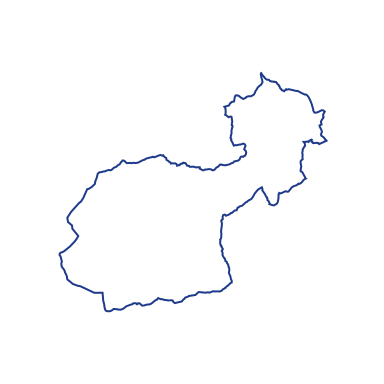 outline of Zarnesti, Brasov, Romania, rotated 307°
{"feature_id": "2599482B21049619032220", "entity_name": "Zarnesti", "entity_type": "district", "adm_level": 2, "iso_a3": "ROU", "parent_name": "Romania", "parent_adm1": "Brasov", "projection": "equal_earth", "projection_center": [25.28, 45.588], "detail": "fine", "context": "isolated", "style": "outline", "palette": "blue", "viewbox_px": 384, "rotation_deg": 307, "n_neighbors": 0, "source": "geoboundaries", "source_scale": "gbopen_adm2", "svg_char_len": 6089}
<svg xmlns="http://www.w3.org/2000/svg" viewBox="0 0 384 384"><g transform="rotate(307 192 192)"><path d="M151.7,269.1L153.9,267.2L154.2,266.2L155.0,265.6L156.1,263.8L156.1,263.1L156.4,262.6L157.2,261.7L157.0,260.1L157.7,259.5L158.7,258.1L158.7,257.1L159.9,254.4L161.7,253.2L163.1,251.0L164.5,251.2L165.2,250.7L165.7,249.1L166.6,248.1L166.8,247.6L166.5,247.3L166.6,247.0L168.2,245.1L169.7,244.3L171.0,243.1L172.0,243.2L173.8,242.4L175.3,241.2L176.0,240.9L178.3,238.7L184.2,235.4L185.0,234.8L186.4,232.8L187.6,232.5L188.2,232.9L188.9,232.9L190.5,231.4L192.2,230.8L193.4,231.4L193.8,232.1L193.4,233.2L193.5,233.4L195.2,234.5L196.7,235.3L198.7,235.8L199.1,236.4L202.8,237.2L204.3,238.6L206.2,238.0L207.1,237.9L207.7,238.5L209.1,238.7L211.2,240.3L216.1,241.2L217.5,242.0L218.6,242.0L222.2,243.6L224.5,243.6L228.8,243.0L232.8,243.2L234.1,243.4L237.8,245.0L236.6,246.7L235.6,247.2L234.4,251.1L233.1,253.7L232.7,254.8L232.8,255.2L232.0,255.9L231.8,256.6L231.0,257.1L230.7,258.9L229.6,260.9L228.9,261.1L229.7,263.6L230.6,265.5L233.4,266.7L234.0,266.8L235.7,266.5L238.6,265.1L242.3,262.5L243.1,262.8L243.7,262.3L244.1,263.5L245.8,264.6L248.6,266.0L249.1,266.6L249.5,267.9L250.4,268.8L255.8,268.9L258.0,269.8L260.4,271.5L262.5,271.9L262.9,272.3L262.8,272.5L262.5,272.4L262.6,272.6L263.0,272.8L263.2,272.6L263.6,273.1L264.1,273.4L265.6,273.8L269.1,273.9L271.3,274.8L271.3,274.1L271.8,273.5L274.2,268.2L274.3,267.5L273.9,266.8L274.1,266.1L274.7,265.6L278.3,263.8L279.8,262.0L281.8,260.3L283.1,260.2L284.7,260.7L286.0,259.5L288.2,258.0L290.0,256.2L291.0,255.9L292.6,254.8L295.6,254.4L296.2,254.6L297.1,254.4L298.6,252.9L299.2,251.0L300.5,252.7L301.4,253.5L301.7,253.6L302.1,255.0L303.0,254.7L305.7,255.8L305.8,256.1L305.2,256.3L304.2,257.1L304.2,257.8L304.5,258.0L304.0,258.4L303.9,259.0L304.0,259.5L306.3,261.9L306.4,262.5L307.0,263.0L306.8,263.7L306.8,264.1L307.1,264.3L306.9,264.8L313.9,268.6L314.1,267.9L313.9,266.9L314.5,266.1L314.9,264.1L314.8,261.5L315.5,260.4L318.2,259.6L319.2,258.4L321.3,254.3L322.0,253.8L323.8,254.8L324.4,254.4L324.9,253.5L325.7,252.7L327.2,252.3L329.9,252.3L331.2,251.4L331.3,251.6L332.5,250.2L336.1,249.6L336.2,247.8L335.4,246.4L331.4,244.4L329.9,243.2L329.1,241.9L330.0,239.9L331.1,238.9L334.3,234.6L336.2,231.5L338.1,227.6L338.6,224.9L338.3,224.1L337.8,223.7L337.0,220.1L336.3,215.5L335.4,214.4L332.4,207.5L330.6,206.0L330.7,205.3L327.9,204.9L327.9,204.0L327.3,202.4L327.8,201.6L327.9,200.1L329.0,198.2L329.1,197.6L329.5,197.4L329.7,195.3L330.2,193.9L330.1,193.0L330.3,192.8L329.7,191.9L329.6,191.2L329.0,190.7L329.0,190.2L328.2,189.3L327.9,187.9L327.5,187.5L327.9,185.9L326.8,184.2L326.7,183.2L326.9,181.5L327.3,180.5L327.2,180.4L327.9,177.4L328.6,175.7L328.3,175.6L327.5,176.0L325.1,178.6L324.0,180.3L322.0,182.3L319.1,182.6L317.4,182.0L315.0,181.6L313.5,181.9L310.4,182.0L309.3,182.5L307.0,182.8L304.0,181.5L302.4,179.4L300.6,178.2L299.4,178.2L297.1,176.9L296.8,173.7L297.0,172.0L296.8,170.8L296.2,169.9L296.2,169.5L295.2,168.7L293.6,169.0L289.6,171.1L287.8,169.5L286.9,169.5L285.8,169.0L283.5,169.5L279.5,166.6L278.9,168.4L277.1,170.0L275.1,171.5L273.6,172.0L273.9,174.1L273.7,176.1L275.5,177.4L275.8,178.2L275.6,178.6L272.4,181.8L269.6,183.2L269.3,183.6L269.4,184.0L269.2,184.6L268.1,185.3L267.6,185.3L264.8,186.6L262.4,188.4L260.2,189.2L259.0,190.1L258.5,190.1L257.9,190.9L257.9,191.6L256.7,192.3L256.0,194.2L254.2,197.5L255.5,198.4L256.0,199.3L258.4,201.3L259.2,202.3L261.5,203.8L261.8,205.0L261.8,205.7L261.1,206.9L260.7,207.1L257.7,207.8L257.3,208.8L257.3,209.9L256.3,211.4L254.4,212.4L252.5,212.4L251.8,211.8L250.9,211.7L250.6,210.9L249.7,209.9L248.8,209.8L246.7,210.4L244.9,210.0L241.8,207.3L240.3,207.3L238.4,206.0L237.1,205.6L233.4,202.6L231.9,200.0L231.5,198.6L230.8,198.3L230.5,197.8L228.1,197.7L226.8,197.0L225.5,196.7L223.4,196.6L221.8,195.6L221.6,193.7L220.4,191.6L218.7,190.1L217.8,188.9L216.4,188.3L215.8,187.4L215.3,184.0L216.4,183.4L216.0,182.6L213.9,180.2L213.4,178.4L210.8,175.1L210.8,174.5L211.1,173.9L210.1,172.2L211.1,169.6L210.9,168.7L210.1,168.1L210.1,167.6L209.9,167.6L209.6,167.1L208.6,167.0L207.6,165.9L205.9,165.9L205.4,165.1L204.0,164.3L205.0,162.8L204.8,161.4L203.3,159.5L202.9,158.7L202.4,158.4L202.0,157.9L202.4,157.5L202.6,156.2L202.3,155.1L202.6,154.3L202.3,152.3L203.7,150.8L203.4,149.6L203.6,148.0L204.0,146.9L203.3,146.7L202.5,144.4L200.7,143.2L197.1,141.1L196.7,139.7L191.5,135.6L190.4,135.0L189.4,134.8L187.9,133.6L182.9,131.2L181.0,129.3L180.0,127.5L178.4,126.1L178.1,125.2L175.9,122.7L175.9,121.4L176.2,119.2L175.5,117.6L174.0,117.6L172.8,117.3L171.2,117.6L169.7,117.2L169.2,116.8L166.7,116.4L164.3,115.0L161.9,114.6L160.5,114.1L159.3,112.1L157.2,110.6L156.0,110.0L154.9,108.7L153.8,108.1L152.0,106.2L150.4,105.8L149.6,105.8L145.9,107.4L142.2,108.4L140.0,109.6L135.6,108.9L132.4,107.6L131.1,106.6L121.7,108.8L117.0,109.1L115.9,108.5L103.4,107.4L96.4,107.9L93.4,111.1L93.1,116.3L90.7,118.5L88.4,127.7L84.7,128.1L81.8,128.1L74.9,127.3L67.8,125.5L65.7,124.6L64.7,123.7L63.3,123.4L62.0,124.1L61.5,125.7L58.3,129.8L56.3,130.6L54.0,132.8L52.8,137.0L51.1,139.5L50.2,141.4L49.0,143.2L47.8,144.2L47.1,145.4L47.1,148.7L46.8,152.1L48.4,157.3L49.6,159.7L52.7,174.6L57.7,181.2L51.7,186.6L49.5,189.4L47.3,191.5L45.6,193.8L45.4,195.0L45.9,196.3L47.6,198.4L49.1,199.2L51.4,199.8L53.5,203.1L53.6,203.7L54.8,205.3L55.0,205.8L55.4,206.1L57.0,207.1L58.5,207.7L60.9,208.2L64.5,210.4L66.5,211.9L67.5,212.0L68.5,212.9L69.4,214.2L69.2,215.6L69.5,215.9L70.7,215.9L71.6,217.5L71.2,220.2L71.4,220.7L72.5,222.0L74.4,223.3L75.5,224.3L76.6,225.7L78.4,226.7L83.0,227.8L83.9,228.3L84.5,228.3L85.0,228.8L86.9,228.8L87.6,231.6L88.3,232.4L89.4,235.3L90.7,237.3L90.9,238.1L93.1,240.6L93.7,242.0L93.1,242.7L92.9,245.1L98.4,249.7L101.1,249.8L102.0,250.2L103.5,250.1L105.7,251.6L106.5,252.0L107.0,252.0L111.8,256.7L115.8,257.4L116.2,257.7L119.8,263.5L121.5,265.1L122.2,266.6L125.1,268.3L129.5,274.3L131.3,275.1L133.1,275.3L133.8,275.8L135.3,276.1L135.9,276.5L136.1,276.3L137.5,276.5L138.7,277.0L142.3,277.5L143.6,278.2L145.2,277.0L145.6,275.8L147.5,273.7L148.5,272.3L148.7,271.5L149.9,269.9L151.7,269.1Z" fill="none" stroke="#1e3a8a" stroke-width="2"/></g></svg>